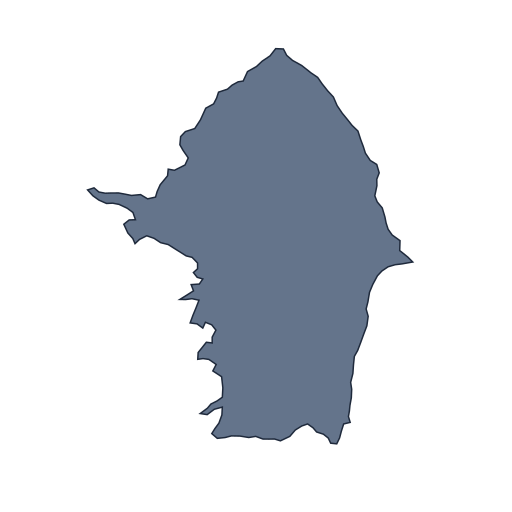 the district of Pardinho, São Paulo, Brazil, rotated 169°
{"feature_id": "56859067B89234648991539", "entity_name": "Pardinho", "entity_type": "district", "adm_level": 2, "iso_a3": "BRA", "parent_name": "Brazil", "parent_adm1": "São Paulo", "projection": "orthographic", "projection_center": [-48.387, -23.1], "detail": "fine", "context": "isolated", "style": "filled", "palette": "slate", "viewbox_px": 512, "rotation_deg": 169, "n_neighbors": 0, "source": "geoboundaries", "source_scale": "gbopen_adm2", "svg_char_len": 2323}
<svg xmlns="http://www.w3.org/2000/svg" viewBox="0 0 512 512"><g transform="rotate(169 256 256)"><path d="M328.8,84.4L320.9,83.7L314.5,84.1L306.1,82.3L297.7,79.2L290.7,79.0L284.1,75.0L278.2,73.8L272.7,72.8L267.3,69.9L257.2,72.5L250.6,77.7L243.5,80.4L237.4,81.3L232.8,76.5L230.1,71.7L223.8,68.2L219.8,63.5L218.4,58.0L212.6,56.2L208.7,61.4L205.6,67.8L202.0,74.4L195.3,74.7L195.9,80.8L193.9,86.0L192.3,91.4L189.5,98.6L187.5,106.9L187.2,113.9L183.3,122.2L181.1,130.5L178.6,138.7L174.2,143.9L169.7,151.2L164.9,159.2L160.5,166.3L157.4,175.4L158.0,183.0L154.9,189.6L151.5,198.7L146.8,205.8L140.6,213.4L135.2,217.3L128.4,220.2L121.1,220.9L114.2,220.4L103.3,220.2L107.2,226.0L113.9,233.9L111.7,243.6L118.3,250.6L121.2,257.0L122.0,263.6L122.0,269.7L122.9,279.1L126.7,286.0L127.9,292.4L123.9,301.9L122.8,308.3L119.2,314.1L120.0,322.8L125.6,328.0L129.0,336.1L129.8,343.1L131.0,350.1L132.1,359.2L136.8,365.9L140.2,372.5L144.1,379.7L147.7,388.2L149.7,397.3L154.1,404.4L158.3,412.5L161.4,419.6L167.0,425.2L174.8,434.3L182.8,441.0L187.6,447.1L189.6,454.0L197.1,455.8L204.0,449.8L212.7,446.1L219.4,441.9L229.1,438.7L235.2,430.2L240.3,430.4L246.9,428.3L252.2,425.2L261.5,424.0L264.5,418.6L268.6,413.4L277.1,410.7L284.6,400.2L291.8,392.8L301.6,391.6L307.2,387.6L309.5,379.7L307.5,373.7L303.8,365.2L308.3,358.9L319.7,355.7L325.6,358.0L327.5,351.6L336.4,344.3L340.7,338.2L343.4,333.0L351.5,332.8L357.6,338.3L366.7,339.2L372.5,341.6L378.9,344.1L386.3,345.5L392.0,346.4L398.0,348.8L402.0,353.8L408.7,353.0L404.6,346.2L399.5,340.8L392.7,336.1L386.6,335.2L380.6,332.8L373.5,327.6L368.5,322.2L367.4,314.6L373.6,315.6L379.7,312.4L377.4,303.0L373.6,296.7L372.4,291.2L367.2,294.5L359.4,296.7L352.7,292.8L347.1,287.3L340.0,284.0L334.5,278.8L324.5,269.4L319.0,266.9L314.7,260.3L315.8,254.6L320.6,251.7L317.8,246.3L312.6,243.6L317.0,239.3L325.1,240.3L324.0,233.7L339.0,227.9L333.4,226.7L327.0,226.3L320.4,223.5L324.8,216.5L329.3,209.7L333.4,202.9L326.8,200.6L322.0,195.4L318.3,200.6L312.6,196.9L309.5,190.9L314.5,184.7L315.6,179.0L321.2,180.8L331.2,172.3L332.9,165.7L327.6,165.4L322.0,163.5L315.8,157.1L320.3,151.4L312.8,144.1L313.7,132.9L316.0,123.8L322.0,121.1L328.5,119.3L332.7,115.9L340.8,112.0L334.2,109.6L326.2,113.5L317.9,114.1L319.8,106.5L324.3,99.0L329.2,94.5L333.3,90.1L328.8,84.4Z" fill="#64748b" stroke="#1e293b" stroke-width="1.5"/></g></svg>